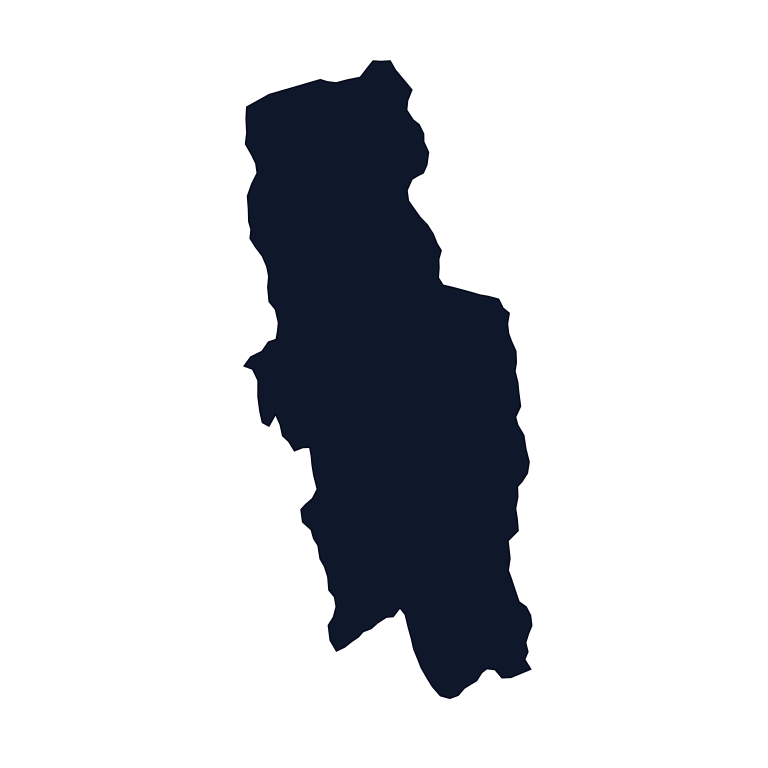 Pomerode, Santa Catarina, Brazil (Equal Earth projection), rotated 171°
{"feature_id": "56859067B15210234936613", "entity_name": "Pomerode", "entity_type": "district", "adm_level": 2, "iso_a3": "BRA", "parent_name": "Brazil", "parent_adm1": "Santa Catarina", "projection": "equal_earth", "projection_center": [-49.174, -26.727], "detail": "fine", "context": "isolated", "style": "filled", "palette": "ink", "viewbox_px": 768, "rotation_deg": 171, "n_neighbors": 0, "source": "geoboundaries", "source_scale": "gbopen_adm2", "svg_char_len": 2181}
<svg xmlns="http://www.w3.org/2000/svg" viewBox="0 0 768 768"><g transform="rotate(171 384 384)"><path d="M327.4,702.1L336.6,703.0L344.2,704.7L350.5,699.0L359.5,690.5L372.5,690.0L384.1,688.8L393.0,691.4L399.2,694.5L452.1,687.8L476.2,679.0L478.6,667.9L480.2,653.4L483.2,642.7L478.8,631.1L476.0,621.8L476.2,612.1L483.2,602.4L489.4,590.9L490.5,577.9L492.1,565.6L491.1,557.5L493.4,548.7L489.2,539.0L484.1,529.5L481.3,518.5L480.9,508.3L483.6,497.7L484.5,483.4L479.5,474.6L478.6,460.9L480.9,452.4L483.5,444.8L491.5,443.5L499.4,435.2L511.4,431.5L519.3,423.6L511.4,419.3L507.8,407.2L510.4,391.3L510.8,376.6L510.1,365.0L504.2,360.5L495.8,371.2L492.8,360.1L492.2,348.7L487.1,342.3L482.9,332.1L474.2,334.0L467.2,333.2L467.0,324.2L467.6,315.4L467.6,305.2L466.3,290.5L472.5,282.0L480.2,277.2L485.6,272.9L485.9,260.4L478.6,251.4L477.6,242.3L474.4,235.0L474.4,221.3L471.3,213.2L469.6,202.3L470.6,189.0L466.1,181.4L466.0,171.5L470.4,161.5L476.7,154.3L477.2,139.2L472.7,127.8L464.0,130.4L456.4,134.7L448.8,138.3L443.5,142.7L434.8,144.6L428.2,148.9L418.3,153.4L411.3,152.9L403.3,160.5L399.0,152.9L398.0,139.6L396.7,128.5L396.0,117.4L393.7,107.7L391.6,98.1L387.0,86.0L383.4,77.5L377.0,67.3L368.1,63.3L359.4,65.0L352.6,70.9L346.6,73.5L338.9,76.6L332.7,83.7L327.0,86.8L319.0,84.6L313.4,75.4L304.5,74.4L295.4,76.6L283.8,79.4L288.2,89.9L283.8,97.0L284.6,106.4L280.4,114.8L275.9,122.3L275.5,132.5L278.5,141.5L284.8,147.7L286.9,160.1L288.9,172.4L290.5,180.5L286.9,192.1L286.1,209.8L274.5,218.2L273.6,229.8L273.6,240.4L269.6,251.4L268.3,261.8L263.0,266.1L256.4,273.5L252.9,284.3L254.1,297.6L254.0,311.4L258.4,322.5L259.3,330.8L252.7,340.6L252.3,355.0L251.7,364.6L252.7,376.2L250.0,384.5L248.7,395.8L251.4,405.8L253.1,414.2L252.7,424.1L249.3,434.3L254.6,440.3L257.6,449.8L267.6,454.2L275.3,456.8L282.9,460.4L290.8,464.0L300.5,468.3L310.3,472.3L313.8,480.4L311.5,490.5L310.5,498.6L306.7,507.0L309.7,514.1L312.0,524.3L316.4,534.4L322.1,542.5L327.0,552.3L331.3,561.1L331.0,571.7L324.4,581.9L318.1,584.5L312.2,586.4L307.4,593.8L303.8,605.9L306.9,616.9L305.8,624.9L308.8,634.6L314.1,640.4L318.8,651.0L316.4,660.3L310.5,670.2L323.7,692.3L327.4,702.1Z" fill="#0f172a" stroke="#020617" stroke-width="1.5"/></g></svg>